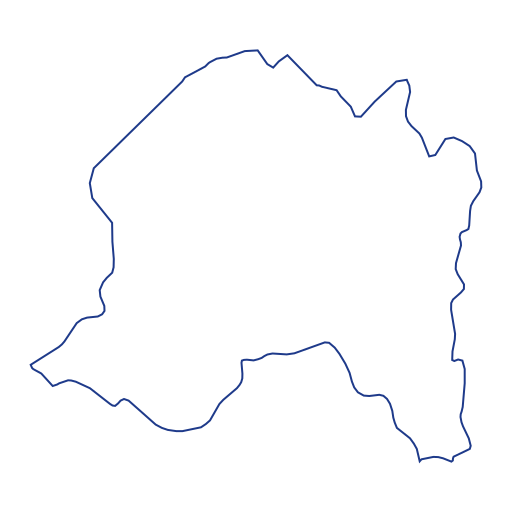 the border of Región Metropolitana de Santiago
{"feature_id": "CHL-2698", "entity_name": "Región Metropolitana de Santiago", "entity_type": "Region", "adm_level": 1, "iso_a3": "CHL", "parent_name": "Chile", "parent_adm1": "", "projection": "equal_earth", "projection_center": [-70.53, -33.621], "detail": "fine", "context": "isolated", "style": "outline", "palette": "blue", "viewbox_px": 512, "rotation_deg": 0, "n_neighbors": 0, "source": "natural_earth", "source_scale": "10m", "svg_char_len": 2299}
<svg xmlns="http://www.w3.org/2000/svg" viewBox="0 0 512 512"><path d="M406.8,79.8L407.0,80.5L409.3,85.6L410.1,92.0L405.9,109.9L406.0,116.2L408.0,121.6L411.5,126.1L419.4,133.5L421.9,137.7L429.2,156.4L435.3,155.0L445.4,139.0L453.7,137.5L462.0,141.1L469.7,146.1L475.0,153.5L476.9,170.5L481.1,181.4L481.3,187.5L479.5,192.3L473.3,201.1L470.9,205.8L470.1,210.9L469.2,225.4L468.4,229.0L466.6,230.1L461.9,232.1L460.5,233.5L459.6,236.8L460.0,239.5L460.8,242.2L461.0,245.5L456.0,263.1L455.7,269.1L457.7,274.2L464.0,284.4L463.9,289.0L461.0,292.4L453.0,299.5L451.2,303.1L451.1,309.8L455.1,333.9L454.8,339.3L452.5,351.4L452.2,360.0L454.3,361.0L458.1,359.5L462.4,360.6L464.7,369.0L464.7,383.3L462.7,407.0L461.6,411.6L460.7,414.2L460.5,417.0L461.5,422.2L463.0,426.3L468.8,438.4L470.7,445.8L469.8,448.9L453.6,456.7L453.0,458.3L452.8,460.5L451.4,461.6L443.1,458.3L438.3,457.1L433.4,456.9L421.5,459.3L419.7,461.3L416.8,448.9L413.9,443.7L410.0,438.3L396.9,427.9L394.7,422.5L393.3,417.6L392.3,410.9L390.0,403.8L387.0,398.9L383.4,395.8L379.3,394.8L369.3,396.0L363.8,395.6L357.9,392.3L354.2,387.4L351.9,381.5L349.6,372.9L345.3,363.6L339.4,353.8L334.7,347.6L329.1,342.8L324.8,342.4L294.4,353.3L286.7,354.4L272.5,353.5L267.4,354.5L264.3,356.1L261.7,357.9L258.2,359.2L253.6,360.4L246.9,359.7L243.9,359.9L241.9,360.6L241.5,362.8L242.4,373.6L242.4,374.1L242.3,378.4L241.2,382.2L239.5,385.0L236.9,388.2L223.3,399.8L219.4,404.0L210.0,420.4L205.9,424.0L201.0,427.3L182.6,431.1L176.1,431.1L167.8,429.9L161.9,427.9L155.7,424.6L128.6,400.6L124.0,399.0L120.6,400.6L118.1,403.4L115.1,405.9L112.5,405.5L110.0,403.9L89.9,388.2L75.8,381.7L71.2,380.5L68.1,380.3L59.2,383.3L57.2,384.5L52.7,386.0L41.3,373.5L33.4,369.2L32.1,368.0L30.7,364.8L58.8,347.0L61.9,344.4L64.4,341.5L76.7,323.1L81.9,319.3L87.1,317.6L97.8,316.5L102.1,314.3L104.5,310.9L104.3,305.9L100.4,296.6L99.7,290.1L103.1,282.3L106.8,277.8L112.2,272.7L113.6,267.3L113.8,259.0L112.4,241.7L112.1,222.8L92.3,198.1L89.8,183.1L93.8,168.2L182.2,81.5L185.0,77.3L205.2,66.5L208.7,63.0L210.1,62.1L216.6,58.7L222.5,57.7L226.8,57.5L244.8,51.1L257.7,50.4L267.3,64.1L273.2,67.6L278.8,61.4L287.4,55.2L316.7,85.3L319.2,85.5L322.0,86.8L336.6,90.2L340.8,96.4L350.8,106.7L355.0,116.4L360.9,116.7L374.8,101.5L396.3,81.5L406.7,79.8L406.8,79.8Z" fill="none" stroke="#1e3a8a" stroke-width="2"/></svg>